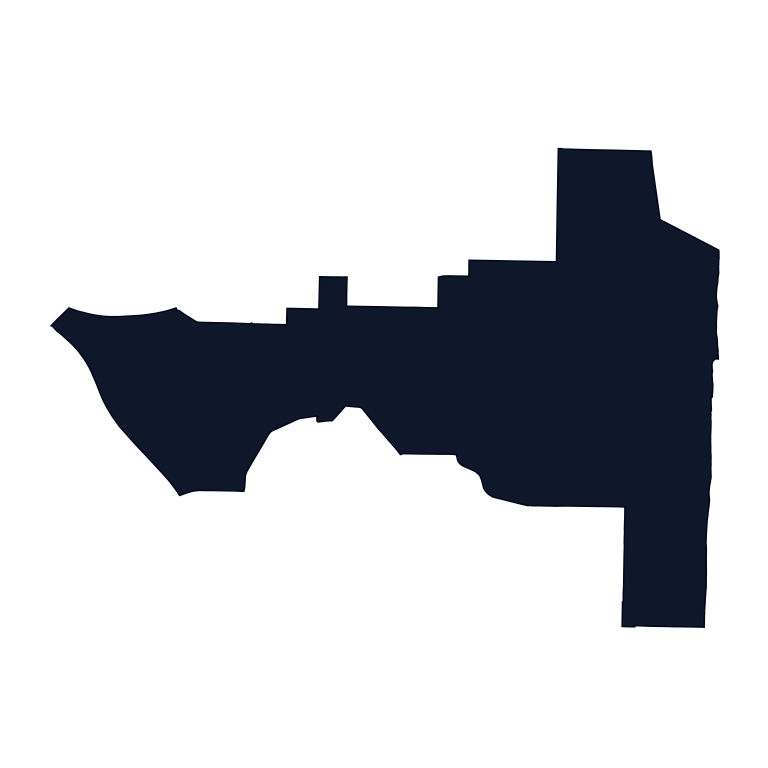 Cambridge, Western Australia, Australia, rotated 181°
{"feature_id": "25037944B66566842359979", "entity_name": "Cambridge", "entity_type": "district", "adm_level": 2, "iso_a3": "AUS", "parent_name": "Australia", "parent_adm1": "Western Australia", "projection": "orthographic", "projection_center": [115.789, -31.935], "detail": "fine", "context": "isolated", "style": "filled", "palette": "ink", "viewbox_px": 768, "rotation_deg": 181, "n_neighbors": 0, "source": "geoboundaries", "source_scale": "gbopen_adm2", "svg_char_len": 5957}
<svg xmlns="http://www.w3.org/2000/svg" viewBox="0 0 768 768"><g transform="rotate(181 384 384)"><path d="M59.5,146.5L59.6,150.6L59.6,157.1L59.5,161.1L59.6,163.1L59.4,165.2L59.4,167.3L59.2,169.3L59.2,171.4L59.0,175.5L58.9,177.5L58.8,179.6L58.6,183.8L58.4,186.0L58.4,188.2L58.4,190.3L58.5,194.4L58.4,200.7L58.5,204.9L58.6,207.0L58.8,215.4L58.8,217.5L58.8,219.6L58.8,221.8L58.8,224.2L58.9,226.3L59.1,228.4L59.3,230.7L59.3,232.8L59.2,237.0L59.1,239.2L59.1,241.3L58.9,245.7L58.8,247.9L58.6,252.1L58.4,254.3L58.1,256.5L57.9,258.6L57.8,260.8L57.6,262.9L57.3,264.8L57.1,266.9L56.7,271.1L56.6,273.1L56.7,275.2L56.9,277.3L57.2,279.5L57.2,281.7L57.1,283.7L56.9,285.9L56.7,288.2L56.3,290.4L55.6,294.6L55.4,296.8L55.5,299.1L55.6,301.3L55.7,303.6L55.8,305.8L55.7,307.9L55.7,310.0L55.8,312.3L55.8,314.4L55.8,316.5L55.9,319.0L56.1,321.0L56.2,323.4L56.2,325.5L56.3,327.8L56.4,330.0L56.5,332.1L56.5,334.3L56.6,338.4L56.4,344.8L56.4,348.8L56.4,350.9L56.5,353.0L56.7,355.0L56.7,357.1L56.6,359.5L56.9,361.5L56.2,363.4L56.3,365.4L56.5,367.5L56.6,369.6L56.7,371.7L56.7,376.8L55.6,376.8L55.4,380.9L55.3,383.0L55.3,385.2L55.2,387.3L55.3,389.3L55.8,393.5L55.9,395.6L56.2,397.7L56.2,399.7L55.8,403.0L56.2,404.9L56.3,406.9L56.4,409.0L56.2,410.9L55.4,412.8L53.0,415.0L50.2,414.8L50.2,416.7L50.5,418.7L50.6,420.8L50.6,423.0L50.8,425.2L51.2,427.2L51.4,429.2L51.4,431.2L51.5,433.2L51.7,435.2L52.0,437.2L52.5,439.2L52.7,441.2L52.7,445.4L52.7,447.6L52.8,449.7L52.8,451.8L52.7,455.9L52.6,457.9L52.6,460.0L52.3,464.1L52.0,466.1L51.7,468.0L52.3,470.0L52.6,472.0L52.9,474.0L53.3,475.9L53.3,480.0L53.2,482.0L52.9,486.1L52.6,488.2L52.3,490.3L52.1,492.5L51.9,496.6L51.3,501.0L51.5,503.2L51.5,505.2L51.6,507.4L51.5,509.5L51.5,511.7L51.5,513.7L51.3,515.8L51.5,522.3L51.6,523.6L54.5,525.1L110.8,553.1L117.1,592.2L119.7,608.4L119.8,609.5L120.3,615.5L121.2,621.5L121.9,621.5L123.5,621.5L124.8,621.5L129.4,621.5L137.5,621.6L157.4,621.7L184.3,621.8L199.1,621.9L199.9,622.0L200.7,622.0L205.8,622.0L208.9,622.0L210.5,622.4L213.8,622.4L213.8,604.3L213.8,579.4L213.8,572.8L213.8,567.4L213.8,562.3L213.7,509.2L249.0,509.2L301.1,509.2L301.0,496.0L301.0,493.2L319.6,493.2L321.8,493.2L327.0,492.9L331.4,491.8L331.4,489.5L331.4,483.2L331.4,474.6L331.4,472.2L331.4,461.0L344.3,461.0L354.7,461.2L358.8,461.1L363.1,461.0L382.0,461.1L402.4,461.1L422.8,461.1L422.9,470.3L423.0,474.6L422.9,479.3L422.9,484.0L422.8,490.3L424.2,490.3L426.8,490.2L436.4,490.1L444.1,490.1L450.2,490.1L450.2,488.5L450.4,461.2L450.4,457.8L453.7,457.8L455.3,457.8L474.7,457.9L478.2,457.9L482.3,457.9L482.4,441.6L486.5,441.6L496.5,441.6L500.7,441.7L506.0,441.7L516.6,441.8L516.6,442.1L516.8,442.4L516.9,442.5L517.1,442.6L517.3,442.7L517.5,442.7L517.8,442.5L518.0,442.4L518.1,442.2L518.2,441.9L518.8,441.9L539.1,442.3L556.1,442.3L563.2,442.4L565.7,442.4L568.4,442.4L571.2,442.5L573.1,443.1L576.8,445.4L584.0,449.7L587.7,452.1L589.7,453.6L590.7,453.9L591.9,454.2L592.6,454.4L593.0,455.7L593.3,456.4L596.7,455.1L603.7,453.0L605.1,452.6L613.0,450.8L620.9,449.4L627.6,448.5L631.3,448.1L639.4,447.5L642.2,447.3L644.6,447.1L650.9,446.7L658.6,446.5L664.5,446.7L673.3,447.7L678.5,448.6L687.9,450.7L691.3,451.5L698.9,454.0L700.4,454.5L707.7,447.0L710.6,444.2L714.0,440.6L716.7,437.7L717.8,436.5L716.0,435.6L712.1,431.3L708.3,428.6L698.0,419.6L695.0,416.7L692.2,413.7L689.7,410.9L685.0,404.8L682.7,401.4L679.4,396.0L677.5,392.3L677.2,391.8L677.0,391.4L676.2,389.7L676.0,389.2L674.1,385.0L671.5,379.1L666.0,365.9L664.1,361.9L662.0,358.1L659.6,353.9L658.3,351.9L655.8,347.9L652.0,342.5L647.9,337.1L631.7,319.5L623.1,310.7L617.8,305.2L617.0,304.4L603.2,290.0L599.4,285.9L595.7,281.7L595.3,281.1L593.2,278.5L588.4,272.0L586.4,269.0L584.5,269.7L580.4,271.3L574.9,273.1L572.0,273.8L567.0,274.4L563.8,274.4L559.2,274.4L555.7,274.5L551.9,274.5L540.6,274.5L532.7,274.5L522.3,274.3L521.8,276.6L521.5,278.9L521.3,281.9L521.2,285.9L521.1,288.4L521.0,290.1L520.9,290.6L520.7,291.1L520.0,293.0L519.3,294.7L518.5,296.1L516.2,300.3L514.4,303.6L511.6,308.5L508.8,313.3L506.7,317.1L502.7,324.1L498.8,331.2L497.5,333.0L497.2,333.4L496.9,333.8L496.0,334.5L494.9,335.2L493.8,335.8L488.7,338.2L487.8,338.6L480.2,342.3L478.8,342.9L471.4,346.5L469.4,347.4L467.2,348.2L466.2,348.3L460.1,349.3L450.5,350.9L450.4,346.1L450.2,345.7L449.6,345.1L448.9,344.9L448.2,345.0L443.8,345.7L441.5,346.0L440.6,346.1L437.9,346.3L435.1,346.4L424.9,358.1L422.8,360.6L422.1,361.4L412.7,360.7L407.7,360.4L407.1,360.1L405.7,359.5L391.8,342.8L389.0,339.4L388.0,338.3L385.5,335.7L378.8,328.1L376.2,325.3L373.2,322.0L370.5,318.9L367.9,315.8L366.8,314.3L366.4,313.7L364.7,314.4L363.9,314.6L359.3,314.7L350.9,314.7L345.3,314.7L339.9,314.8L336.6,314.8L335.9,314.8L335.2,314.8L322.1,314.9L320.0,315.0L316.0,315.0L313.2,314.9L311.8,314.6L310.1,314.6L310.0,314.0L310.0,313.2L309.8,312.3L309.5,310.9L309.1,309.2L308.2,307.4L306.5,305.5L305.2,304.4L302.9,303.1L294.1,299.5L291.0,298.0L288.2,295.7L286.7,294.1L286.1,293.1L284.7,289.6L283.4,284.9L282.9,283.1L282.7,282.2L282.2,281.0L280.8,278.9L278.8,276.7L278.6,276.6L278.0,276.0L277.3,275.4L276.8,275.1L276.3,274.7L275.9,274.6L275.6,274.5L274.9,273.9L274.4,273.4L272.2,272.7L270.8,272.4L260.8,270.1L257.9,269.4L245.9,266.6L242.6,265.9L238.4,265.0L237.4,264.9L236.9,265.3L236.4,265.2L235.6,265.1L234.8,265.0L234.0,264.9L232.9,264.9L230.9,264.9L225.7,265.0L221.5,264.9L216.2,265.0L214.0,264.9L210.6,264.9L208.4,264.9L207.5,265.0L206.5,265.0L205.0,265.1L203.6,265.1L202.8,265.2L201.7,265.2L185.5,265.3L179.6,265.3L170.5,265.3L160.0,265.4L146.6,265.4L146.2,265.4L141.0,265.2L140.9,260.4L140.9,254.1L140.9,253.0L141.1,243.6L141.0,242.0L140.9,240.4L141.0,234.1L141.0,228.7L140.9,227.8L140.8,227.0L140.8,226.2L140.9,218.7L140.9,212.8L140.9,204.6L140.9,200.9L140.9,193.1L140.9,192.1L140.9,190.4L140.9,185.6L141.1,179.5L141.0,175.5L141.0,171.1L140.8,170.4L141.8,170.2L141.7,169.1L141.7,145.7L132.8,145.6L129.8,145.7L129.0,145.6L129.0,146.8L111.7,146.5L96.4,146.5L93.4,146.5L92.3,146.4L84.5,146.5L59.5,146.5Z" fill="#0f172a" stroke="#020617" stroke-width="1.5"/></g></svg>